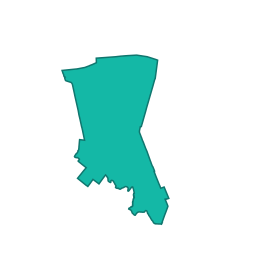 Malu, Giurgiu, Romania (Natural Earth projection), rotated 220°
{"feature_id": "2599482B97919449751722", "entity_name": "Malu", "entity_type": "district", "adm_level": 2, "iso_a3": "ROU", "parent_name": "Romania", "parent_adm1": "Giurgiu", "projection": "natural_earth1", "projection_center": [25.787, 43.81], "detail": "fine", "context": "isolated", "style": "filled", "palette": "teal", "viewbox_px": 256, "rotation_deg": 220, "n_neighbors": 0, "source": "geoboundaries", "source_scale": "gbopen_adm2", "svg_char_len": 4774}
<svg xmlns="http://www.w3.org/2000/svg" viewBox="0 0 256 256"><g transform="rotate(220 128 128)"><path d="M148.9,199.0L149.9,198.7L155.6,196.4L159.2,194.9L168.2,189.4L174.9,183.1L179.6,178.5L183.8,174.1L186.5,171.5L197.2,161.1L194.2,157.7L196.3,153.3L197.3,151.6L197.5,151.0L200.0,146.6L205.0,140.5L212.2,133.1L215.5,129.7L212.6,127.9L211.9,127.7L210.2,126.4L209.9,126.3L209.3,126.6L209.1,126.5L209.0,126.4L208.9,126.4L209.0,126.1L208.8,126.0L208.8,125.8L208.2,125.3L207.7,125.0L207.1,124.6L206.5,124.3L206.1,124.3L205.8,124.3L205.4,124.5L204.1,125.0L201.2,126.2L201.0,126.3L200.7,126.3L200.0,126.2L199.4,126.1L198.9,125.8L198.0,125.2L196.7,124.2L191.4,120.1L189.8,118.8L177.3,109.3L174.1,106.6L170.2,103.7L164.8,99.5L164.0,98.9L163.7,98.8L162.3,97.7L161.6,97.2L159.6,95.6L153.4,90.7L157.6,88.0L157.3,87.5L155.4,84.8L154.4,83.4L153.3,81.8L152.9,81.4L152.6,80.8L152.1,80.2L151.9,79.8L151.8,79.6L151.8,79.3L151.7,78.3L151.6,78.2L151.1,77.7L151.1,77.0L151.1,76.6L150.9,75.7L150.9,75.4L151.1,74.9L151.2,74.5L151.0,74.0L151.0,73.3L150.8,72.3L150.7,72.1L150.7,71.8L150.6,71.7L150.3,71.6L150.1,71.6L149.7,71.5L148.6,72.0L148.4,72.1L147.9,72.7L147.7,72.8L147.0,72.9L145.2,72.9L145.0,72.7L145.0,70.7L144.9,70.6L144.7,70.5L139.5,70.6L134.5,70.7L134.5,66.6L134.4,61.6L134.3,57.0L123.1,57.2L122.8,57.3L122.7,57.3L121.2,57.4L121.4,61.1L121.8,66.1L114.9,66.5L114.3,66.5L114.8,73.0L115.0,77.6L113.5,77.4L113.2,77.3L112.4,77.0L111.7,76.9L111.1,76.5L110.6,76.2L110.3,75.8L110.2,75.6L109.2,74.7L108.7,74.6L108.0,74.6L107.5,74.7L106.9,74.8L106.5,74.9L106.4,75.0L106.3,75.3L106.5,75.7L107.0,76.3L107.2,76.6L107.2,76.8L107.1,77.0L106.9,77.4L106.5,77.6L106.0,77.8L105.8,77.9L105.1,77.8L104.2,77.6L104.0,77.4L102.8,77.0L101.5,76.4L101.0,76.3L100.6,76.2L100.1,76.0L99.9,75.7L99.7,75.4L99.6,74.8L99.5,74.6L99.4,74.5L99.1,74.4L98.8,74.4L98.0,74.6L97.7,74.7L97.3,75.1L97.0,75.2L96.9,75.5L96.7,75.6L96.3,75.7L96.1,75.7L95.8,75.6L95.5,75.6L95.3,75.7L95.2,75.8L94.7,76.1L94.4,76.5L94.3,76.9L94.2,77.5L94.1,77.8L94.0,78.1L93.6,78.6L93.4,79.0L93.1,79.6L92.6,81.0L92.5,81.3L92.3,81.5L92.0,81.8L91.1,82.2L90.9,82.2L90.5,82.3L90.1,82.3L89.8,82.2L89.4,82.1L89.1,81.9L88.5,80.9L88.3,80.6L87.9,79.9L87.7,79.7L87.2,79.8L87.0,80.1L87.0,80.3L87.0,81.1L87.0,81.6L87.0,82.0L87.1,82.5L87.1,83.1L87.1,83.6L87.2,84.2L87.2,84.9L87.1,85.2L87.0,85.4L86.9,85.5L86.5,85.8L85.3,85.1L84.0,84.3L83.6,83.9L83.0,83.5L82.4,83.0L81.8,82.6L81.6,82.4L81.6,82.1L81.4,82.0L81.6,81.8L81.6,81.7L81.4,81.6L81.3,81.4L81.2,81.0L81.0,80.9L80.9,80.6L80.9,80.4L80.6,80.3L80.5,80.0L80.2,80.0L80.2,79.8L79.9,79.5L79.8,79.8L79.5,79.7L79.4,79.5L79.2,79.3L79.0,79.2L78.8,79.1L78.6,79.0L78.5,78.7L78.4,78.6L78.4,78.2L78.6,78.1L78.4,77.8L78.4,77.6L78.2,77.4L78.3,77.0L78.2,76.9L78.2,76.7L77.8,76.4L77.6,75.8L77.4,75.7L77.3,75.3L77.2,75.2L77.2,74.9L76.9,74.8L76.9,74.5L76.6,74.4L76.6,74.1L76.6,73.8L76.5,73.7L76.2,73.4L75.8,73.2L75.6,73.1L75.5,72.9L75.5,72.7L75.3,72.6L75.3,72.4L75.2,72.3L75.1,72.0L75.0,71.9L74.8,71.7L74.5,71.5L74.4,71.5L74.4,71.2L74.3,70.8L74.2,70.7L74.3,70.5L74.5,70.4L74.7,70.2L74.6,69.9L74.9,69.8L74.9,69.7L75.0,69.5L75.1,69.3L75.0,69.0L75.0,68.9L75.0,68.7L75.2,68.4L75.2,68.1L75.2,67.9L75.3,67.7L75.6,67.4L75.7,67.1L75.6,66.8L75.4,66.4L75.0,66.4L73.7,66.8L73.3,66.9L73.0,66.9L72.4,66.8L71.3,66.3L70.1,65.6L69.9,65.6L69.4,65.6L69.0,65.6L68.8,65.5L67.4,65.4L67.1,65.5L66.6,65.6L66.4,65.8L66.4,66.3L66.6,67.6L66.6,68.0L66.5,68.8L66.5,69.1L66.5,69.4L66.3,69.7L65.9,70.5L65.4,71.0L65.0,71.3L64.2,71.8L63.9,72.1L62.8,72.8L62.1,73.4L61.7,73.9L61.5,74.2L61.5,74.5L61.4,74.5L61.5,75.2L61.5,75.6L61.4,76.1L60.9,76.4L60.7,76.5L60.1,76.4L59.9,76.4L58.6,75.6L58.2,75.3L58.0,75.1L57.9,75.2L57.7,75.2L57.1,75.1L56.6,74.9L56.2,74.6L55.8,74.4L55.5,74.3L54.9,74.2L54.5,74.1L53.6,73.8L52.0,73.2L51.2,72.9L50.6,72.7L49.4,72.6L49.0,72.5L47.7,71.9L47.3,71.9L46.9,71.8L46.3,71.9L45.4,72.2L45.3,72.5L45.2,72.5L44.8,72.7L44.2,73.2L42.8,74.2L42.3,74.6L41.7,75.1L41.0,75.6L40.8,75.7L40.5,75.8L40.8,76.9L40.8,77.0L41.0,76.9L41.0,77.0L44.1,85.3L44.7,87.1L44.9,87.7L47.0,93.5L47.2,93.8L47.6,94.0L49.2,94.9L53.8,97.3L53.4,97.8L53.1,98.2L52.9,98.1L51.5,100.3L62.4,106.0L64.2,102.9L66.7,104.3L67.8,104.8L75.7,109.0L79.6,111.2L80.1,111.4L80.2,111.5L80.0,111.9L79.9,112.0L80.0,112.1L80.9,112.6L83.9,114.2L84.4,114.4L84.7,114.4L85.0,114.5L87.7,116.0L88.3,116.4L89.8,117.2L95.6,120.6L96.8,121.3L98.1,122.1L100.5,123.3L100.9,123.5L101.5,123.8L101.9,124.0L102.9,124.6L103.7,125.0L104.0,125.2L107.2,127.0L109.1,127.9L111.6,129.4L112.5,129.8L113.8,130.6L116.1,131.8L116.3,132.0L116.7,132.3L117.3,133.0L118.3,134.8L119.4,137.0L118.7,137.7L119.1,138.4L119.9,140.3L121.2,143.2L123.5,148.3L125.0,151.7L126.6,155.1L127.5,157.1L128.8,160.1L135.7,175.7L138.3,181.4L138.8,182.5L138.8,182.9L138.9,183.3L148.9,199.0Z" fill="#14b8a6" stroke="#0f766e" stroke-width="1.5"/></g></svg>